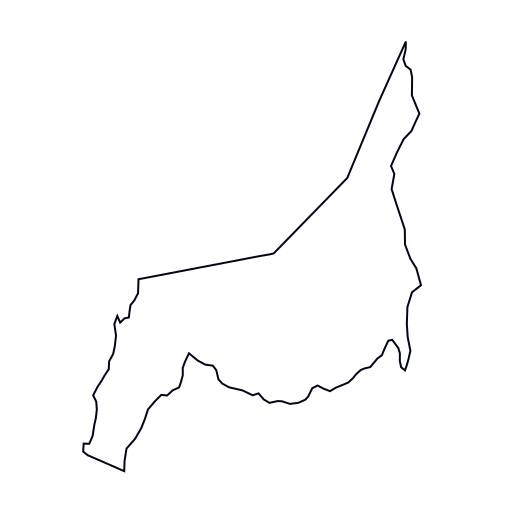 Cristianópolis, Goiás, Brazil, rotated 182°
{"feature_id": "56859067B80727765161187", "entity_name": "Cristianópolis", "entity_type": "district", "adm_level": 2, "iso_a3": "BRA", "parent_name": "Brazil", "parent_adm1": "Goiás", "projection": "equal_earth", "projection_center": [-48.7, -17.237], "detail": "fine", "context": "isolated", "style": "outline", "palette": "ink", "viewbox_px": 512, "rotation_deg": 182, "n_neighbors": 0, "source": "geoboundaries", "source_scale": "gbopen_adm2", "svg_char_len": 1622}
<svg xmlns="http://www.w3.org/2000/svg" viewBox="0 0 512 512"><g transform="rotate(182 256 256)"><path d="M103.1,146.9L101.4,152.5L100.1,157.8L98.4,166.6L101.6,180.4L102.9,193.6L102.9,210.3L98.8,225.2L90.1,232.6L95.3,249.2L101.6,258.6L107.5,272.7L108.2,287.7L118.0,314.1L122.8,327.6L120.6,342.8L124.2,350.7L118.7,364.5L112.5,378.0L105.0,386.4L101.2,395.8L97.7,404.0L105.8,421.9L106.2,440.1L108.0,447.6L113.0,451.2L115.6,457.7L113.6,468.0L113.7,475.6L138.7,414.3L167.5,337.2L238.4,259.2L242.8,258.0L246.9,257.2L255.2,255.4L372.6,228.7L372.6,214.6L376.1,207.3L379.7,202.6L380.4,196.8L380.9,190.1L385.2,189.1L389.4,184.7L392.5,191.2L395.2,183.0L393.1,171.6L394.0,160.7L395.3,153.2L399.1,145.7L399.2,137.8L403.1,131.4L405.8,126.2L409.7,119.9L413.9,111.1L410.6,104.9L409.7,97.1L410.4,88.3L411.7,81.5L413.0,70.4L416.1,62.5L421.7,62.5L421.9,54.5L417.2,51.0L380.2,36.4L380.2,46.7L378.7,59.0L370.4,69.2L364.6,80.1L361.2,89.7L358.6,98.9L351.6,107.7L345.8,113.9L339.9,113.5L334.6,118.8L328.3,122.0L326.5,127.8L325.0,134.3L325.3,141.7L323.3,147.8L319.6,156.4L310.6,149.5L303.0,145.7L295.3,144.9L291.7,140.5L289.2,131.4L285.1,127.2L278.2,123.8L273.5,122.9L264.8,121.2L258.4,118.4L254.4,116.7L248.7,118.8L243.2,112.9L237.4,109.7L229.2,111.8L224.9,111.7L217.0,109.4L208.7,110.7L201.7,114.1L198.8,117.6L195.2,125.8L189.9,128.7L183.9,125.8L177.3,123.5L171.4,127.3L164.2,130.5L159.2,132.9L154.8,137.3L151.8,141.4L147.4,145.7L143.7,147.4L137.9,149.0L131.1,157.8L126.7,161.3L124.6,167.1L120.8,176.0L116.9,176.9L113.6,172.8L110.5,168.9L108.8,163.7L108.6,156.0L107.0,149.8L103.1,146.9Z" fill="none" stroke="#020617" stroke-width="2"/></g></svg>